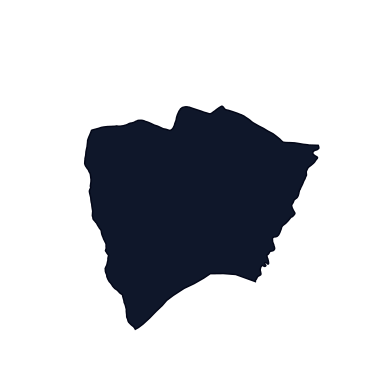 Halhal, Anseba, Eritrea, rotated 53°
{"feature_id": "51966322B6803620796687", "entity_name": "Halhal", "entity_type": "district", "adm_level": 2, "iso_a3": "ERI", "parent_name": "Eritrea", "parent_adm1": "Anseba", "projection": "mercator", "projection_center": [38.232, 16.031], "detail": "fine", "context": "isolated", "style": "filled", "palette": "ink", "viewbox_px": 384, "rotation_deg": 53, "n_neighbors": 0, "source": "geoboundaries", "source_scale": "gbopen_adm2", "svg_char_len": 6065}
<svg xmlns="http://www.w3.org/2000/svg" viewBox="0 0 384 384"><g transform="rotate(53 192 192)"><path d="M93.9,212.4L93.1,214.0L90.7,217.5L88.9,220.1L86.9,223.5L85.8,225.7L85.1,227.9L84.3,229.9L83.7,231.4L82.7,233.8L82.3,235.1L83.1,236.3L84.8,239.1L85.9,241.1L86.9,242.7L88.0,244.3L89.2,245.3L92.9,248.8L94.3,250.5L96.0,252.4L97.5,253.7L99.1,255.2L100.0,256.3L100.9,257.3L101.9,258.1L102.5,258.7L104.6,260.5L105.8,261.0L107.1,261.3L110.2,261.5L111.7,261.4L113.6,261.9L115.0,262.1L116.0,262.2L116.8,262.6L118.1,263.3L119.6,264.2L121.1,265.0L123.0,266.5L124.1,267.6L124.9,268.4L126.2,269.7L127.3,270.0L128.1,271.2L128.5,272.0L129.2,273.1L129.9,273.7L131.3,274.4L135.5,276.2L137.7,277.6L139.3,278.5L141.2,279.3L143.0,280.4L144.6,281.3L147.5,282.8L148.6,283.8L150.2,285.2L150.9,285.8L151.8,286.2L152.6,286.4L153.7,287.1L154.6,287.3L156.9,287.1L158.5,287.1L159.2,286.9L160.8,287.2L162.3,287.4L163.9,287.5L165.3,287.7L167.0,287.6L168.1,287.7L170.1,288.8L171.4,289.4L172.9,289.9L175.0,290.4L176.1,290.8L178.9,291.3L180.4,291.6L181.1,291.7L181.8,292.0L182.4,292.3L182.8,292.6L183.0,292.8L183.6,293.3L184.3,293.7L184.7,294.0L185.4,294.5L185.9,295.2L186.4,295.9L186.6,296.2L186.8,296.4L187.2,296.5L188.2,296.5L189.4,296.7L190.3,296.7L191.4,296.7L191.9,296.6L192.2,296.7L192.8,297.2L194.1,298.8L194.7,299.3L195.4,299.8L196.0,300.3L196.6,301.1L197.9,302.6L198.4,303.2L199.2,304.2L199.7,305.2L200.1,306.1L200.6,306.9L201.1,307.6L201.7,307.8L202.6,308.5L203.2,308.9L203.8,309.1L204.4,309.4L206.6,309.9L207.2,310.2L208.5,311.0L209.1,311.1L210.9,311.6L212.3,311.8L213.7,312.0L215.4,311.8L217.6,311.8L219.2,312.0L221.0,311.9L222.7,311.7L224.9,310.9L227.4,310.5L228.8,310.5L229.7,310.2L230.3,310.1L231.1,309.7L232.0,309.5L232.8,309.6L233.6,310.1L235.4,310.8L237.5,311.6L239.5,312.7L241.0,313.0L242.5,313.5L244.4,314.3L246.4,315.2L247.6,316.2L249.9,317.6L250.5,317.9L251.0,318.3L251.5,318.6L252.0,319.0L252.7,319.4L255.0,320.0L256.1,320.5L257.0,320.8L257.9,320.9L259.6,320.7L261.2,320.5L263.4,320.0L264.0,319.7L266.2,319.7L267.5,319.9L268.0,316.3L268.0,310.7L267.1,301.5L265.7,292.7L264.7,283.9L263.3,277.5L263.3,269.2L264.2,256.2L266.4,245.6L267.8,234.5L268.2,226.6L276.0,216.0L284.2,206.7L301.7,195.3L301.5,195.1L301.2,194.9L300.8,194.5L300.5,193.9L300.4,193.4L300.2,192.8L299.9,192.2L299.5,191.6L299.3,191.0L299.1,190.1L299.1,189.7L299.1,189.2L299.3,188.6L299.4,187.8L299.4,186.9L299.0,186.3L298.5,186.0L297.7,185.6L297.1,185.3L296.4,185.0L295.9,184.8L295.4,184.5L294.9,184.1L294.2,183.3L293.7,182.7L293.3,182.1L293.1,181.4L292.8,181.0L292.8,180.4L292.8,180.0L293.6,179.7L294.8,179.0L295.2,178.7L295.4,178.1L295.4,177.8L295.3,177.4L295.1,177.2L294.5,177.1L294.0,177.2L293.4,177.2L293.0,177.1L292.6,176.9L292.4,176.6L292.4,176.0L292.7,175.7L293.0,175.4L294.0,175.0L294.4,174.9L294.9,174.9L295.2,174.8L295.4,174.5L295.3,174.0L295.1,173.8L294.7,173.5L294.2,173.2L293.5,172.8L292.4,172.3L291.7,172.0L290.7,171.6L290.1,171.5L289.0,171.1L288.5,170.8L287.8,170.5L287.6,170.1L287.5,169.5L287.6,168.9L287.5,168.3L287.3,167.6L287.0,166.9L286.7,166.3L286.5,165.8L286.4,165.3L286.6,164.8L287.0,164.1L287.3,163.4L287.6,162.7L287.7,162.0L287.6,161.3L287.5,161.0L287.4,160.7L287.0,160.1L286.2,159.6L285.5,159.3L284.2,158.9L283.7,158.6L282.8,158.3L282.3,158.2L282.0,158.1L281.4,157.9L280.5,157.7L279.9,157.3L278.3,156.3L277.9,156.0L277.6,155.7L277.3,155.3L277.1,154.9L277.1,154.5L277.2,153.9L277.5,153.1L278.1,152.2L278.4,151.4L278.6,150.7L278.5,149.5L278.3,148.5L277.7,147.2L276.9,145.7L276.2,144.7L275.6,143.6L274.5,142.1L273.9,141.4L273.5,140.1L273.4,139.3L273.4,137.8L273.4,136.1L273.2,134.8L272.9,132.9L272.5,131.2L272.0,129.3L271.8,128.2L271.8,127.6L272.1,126.6L272.0,125.9L271.8,124.7L271.5,123.5L271.2,122.9L270.7,122.5L267.6,122.1L266.1,121.8L264.8,121.5L262.9,120.7L262.4,120.2L261.9,119.3L261.4,117.9L260.9,117.0L260.6,116.5L259.8,115.3L259.8,114.5L259.7,113.2L259.8,112.1L259.6,111.2L259.2,110.2L258.8,109.4L257.6,107.8L256.5,106.6L255.7,105.6L255.2,105.0L255.0,104.2L254.7,103.6L254.2,102.9L253.8,102.2L253.4,101.3L252.0,98.6L251.3,97.5L250.7,96.5L250.1,95.4L249.8,94.6L249.3,93.6L248.7,92.8L248.2,91.9L247.8,91.1L247.4,90.4L246.9,90.1L246.1,89.6L244.9,88.8L244.3,88.3L243.9,87.6L243.2,86.3L242.4,84.6L242.3,83.6L242.3,82.4L242.3,81.9L242.3,80.8L242.1,77.6L241.8,76.0L241.4,74.9L241.2,74.4L241.0,73.7L240.5,71.6L240.1,71.1L239.5,71.0L239.0,71.1L238.4,71.4L237.9,71.6L237.0,72.0L235.4,72.4L234.7,72.5L234.3,72.5L233.2,71.8L232.8,71.2L232.6,70.4L232.6,69.7L232.7,69.0L232.8,68.5L233.4,67.0L233.5,66.6L233.5,65.6L233.5,65.1L233.3,64.3L232.7,63.9L231.9,63.5L231.0,63.2L230.7,63.1L225.0,70.2L223.5,71.6L220.9,74.4L217.7,77.4L214.7,80.3L211.9,83.6L209.6,86.5L208.4,87.9L207.4,88.9L206.8,89.4L206.1,89.5L205.3,89.7L204.6,89.8L203.8,89.9L202.9,90.0L202.4,90.1L198.0,91.2L194.2,92.3L188.9,94.8L184.3,96.6L179.6,98.9L173.6,101.5L171.7,102.1L169.7,102.5L167.6,103.1L164.9,104.1L162.7,104.8L161.9,105.2L161.2,105.6L160.3,106.0L159.3,106.7L156.6,108.3L152.0,111.4L148.9,113.6L146.9,115.3L146.6,115.5L145.7,115.9L144.8,115.9L143.7,116.0L143.3,115.9L143.0,115.9L142.4,116.1L141.9,116.2L141.7,116.3L141.5,116.5L141.3,116.9L141.0,119.5L140.9,123.0L141.0,124.8L140.9,126.4L140.9,127.7L140.9,129.2L140.8,129.6L140.6,130.0L140.3,130.6L140.1,131.0L139.7,131.3L138.0,132.5L135.4,134.5L133.0,136.0L125.7,141.1L122.7,143.1L122.1,143.7L121.6,144.2L121.1,144.6L120.4,145.5L119.9,146.2L119.4,147.3L119.0,148.2L118.7,149.0L118.8,150.1L118.7,151.0L118.8,151.3L119.1,151.9L119.6,153.6L120.3,154.9L121.7,157.4L123.3,159.6L125.1,161.5L127.0,164.5L128.3,166.1L128.8,167.2L129.2,167.8L129.5,168.6L129.8,169.5L129.9,170.0L129.9,171.3L129.9,171.7L129.7,172.2L129.2,173.0L127.6,174.1L126.2,175.1L124.1,177.0L121.4,178.4L118.6,179.9L116.0,181.8L112.5,183.6L110.4,184.8L109.0,185.7L107.7,186.7L106.4,187.4L105.2,188.3L104.5,189.0L103.9,189.7L102.4,191.9L102.3,192.1L102.1,193.2L101.8,194.1L101.6,195.1L101.6,195.9L101.2,197.1L100.7,198.4L99.9,199.9L99.5,201.0L99.2,202.9L98.9,204.1L98.4,205.3L98.0,206.4L97.7,207.1L96.7,208.9L96.1,210.0L95.0,211.4L93.9,212.4Z" fill="#0f172a" stroke="#020617" stroke-width="1.5"/></g></svg>